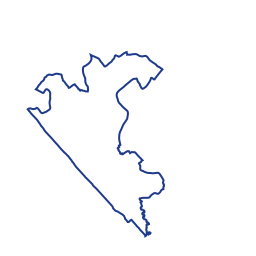 Sissili, Sissili, Burkina Faso (orthographic projection), rotated 48°
{"feature_id": "67063806B75900195473972", "entity_name": "Sissili", "entity_type": "district", "adm_level": 2, "iso_a3": "BFA", "parent_name": "Burkina Faso", "parent_adm1": "Sissili", "projection": "orthographic", "projection_center": [-2.154, 11.45], "detail": "fine", "context": "isolated", "style": "outline", "palette": "blue", "viewbox_px": 256, "rotation_deg": 48, "n_neighbors": 0, "source": "geoboundaries", "source_scale": "gbopen_adm2", "svg_char_len": 5864}
<svg xmlns="http://www.w3.org/2000/svg" viewBox="0 0 256 256"><g transform="rotate(48 128 128)"><path d="M35.0,156.8L35.5,157.3L35.7,157.7L36.1,159.1L35.9,161.9L36.3,163.1L36.5,164.5L36.6,165.9L37.0,167.1L37.5,169.0L37.6,170.6L44.2,168.1L45.2,167.6L45.3,167.4L45.3,167.0L44.5,164.0L44.4,163.2L44.7,162.6L45.1,162.2L45.9,161.9L47.8,161.7L49.4,162.1L50.2,162.6L52.7,165.0L54.3,166.2L55.6,168.2L57.1,169.7L58.8,170.9L60.4,171.7L61.4,172.8L61.6,173.2L61.7,174.2L61.2,178.0L60.6,179.5L59.8,181.6L59.5,181.9L58.5,182.3L57.5,182.3L55.6,182.0L53.3,181.9L52.2,182.2L51.9,182.4L51.8,183.7L51.2,185.0L50.6,185.7L50.1,186.2L48.1,187.4L47.4,188.3L47.1,189.0L47.0,190.0L48.5,190.0L49.0,190.2L49.4,190.0L52.3,190.3L61.3,190.1L63.2,190.4L65.5,190.6L68.5,191.2L69.0,191.1L71.7,191.2L73.4,191.6L75.2,191.8L85.0,191.6L91.0,191.7L93.3,191.6L94.9,191.7L98.2,191.8L103.4,191.7L105.9,191.4L108.1,191.4L108.8,191.2L111.6,191.5L114.1,191.6L115.7,192.0L116.7,191.9L121.9,192.6L134.9,192.5L136.2,192.7L136.7,192.5L146.0,192.1L147.6,192.5L151.9,192.1L171.2,192.0L175.8,192.0L177.1,192.5L177.7,192.8L181.2,192.7L182.9,191.7L188.7,190.0L190.6,189.8L192.6,190.4L193.9,191.0L194.5,190.8L197.7,191.1L198.2,190.6L198.4,189.4L198.2,188.4L198.3,187.5L198.5,186.9L205.6,187.0L207.2,187.1L208.9,186.9L211.8,187.1L215.2,187.0L219.3,187.0L219.9,187.5L220.1,186.5L219.7,185.8L219.2,185.4L219.2,185.0L220.0,184.4L220.9,184.1L220.9,183.3L220.6,182.8L220.6,182.6L220.7,182.4L221.2,182.2L221.0,181.9L221.0,181.6L220.5,181.7L220.1,181.6L219.5,182.2L219.5,182.9L219.3,183.4L218.9,183.7L218.2,183.9L217.7,183.8L217.4,183.2L217.1,183.0L216.1,182.7L215.0,181.7L214.8,181.4L214.7,180.8L214.2,180.7L213.6,180.1L212.4,179.1L212.2,178.7L212.2,178.1L212.4,177.9L212.9,177.9L213.2,177.7L213.5,176.7L213.3,176.5L211.9,176.3L210.6,176.8L210.4,177.1L209.9,177.0L209.2,176.1L208.7,176.0L207.6,176.2L207.0,176.8L206.4,177.0L205.8,176.9L205.4,177.0L204.9,176.9L204.2,176.4L204.1,176.2L204.0,175.8L204.1,175.6L204.7,175.2L203.9,174.2L203.2,174.0L202.3,174.9L202.1,174.9L201.9,175.0L201.5,174.6L201.2,174.7L200.9,174.4L200.9,172.9L201.1,172.7L201.6,172.5L201.6,172.1L201.0,171.6L200.5,171.6L200.3,171.3L200.1,171.3L199.6,171.8L198.6,171.7L198.2,171.9L197.7,172.7L197.0,172.6L196.8,172.4L196.3,172.3L195.8,172.0L195.6,171.7L195.5,171.1L195.7,170.3L195.2,169.8L194.1,169.4L193.5,169.0L192.5,168.6L191.6,168.4L191.6,168.1L192.0,167.5L191.9,167.1L191.8,166.8L190.9,167.0L190.5,167.2L189.7,167.2L189.0,166.9L188.5,166.9L188.3,166.5L188.5,166.4L188.6,165.8L189.2,164.7L190.0,163.5L193.1,160.0L193.8,158.9L193.9,158.0L193.7,157.5L193.5,156.4L193.5,154.8L193.9,152.2L194.4,151.5L194.9,151.1L196.2,150.4L197.0,149.7L197.2,149.1L197.2,147.2L196.5,144.8L196.7,143.6L197.1,142.5L196.4,142.1L196.2,141.8L196.0,141.7L195.3,140.7L195.3,140.2L195.0,140.0L194.6,139.5L194.1,139.5L193.8,139.0L193.0,139.0L192.2,138.7L191.9,138.4L191.7,137.9L191.1,137.4L190.8,136.7L190.2,136.4L186.8,135.7L183.3,135.2L182.3,135.3L181.8,135.4L181.1,136.0L180.5,136.8L178.2,140.0L176.6,141.3L174.9,143.1L173.4,144.1L172.0,144.9L170.1,145.6L168.3,146.6L167.6,146.7L166.7,146.4L166.4,146.2L164.8,144.6L164.2,144.1L163.9,144.1L163.1,143.8L162.0,143.7L161.5,143.4L161.6,142.5L162.0,141.2L161.9,140.7L161.4,139.8L161.7,138.8L155.0,139.1L151.1,139.0L150.2,139.4L149.9,140.0L148.6,141.1L148.3,141.5L148.1,143.3L146.6,143.1L146.1,142.8L145.7,143.0L145.2,143.5L144.8,144.1L144.6,144.8L144.6,145.4L144.4,145.9L144.0,149.2L143.7,149.9L143.0,150.1L143.0,149.3L142.2,150.2L142.3,150.7L142.0,150.9L141.7,150.9L140.5,150.1L139.5,150.1L138.1,149.9L137.8,149.5L137.4,149.5L137.0,149.2L136.3,149.3L136.0,149.0L136.2,147.9L136.3,147.6L136.3,147.2L135.6,147.1L135.1,146.8L135.0,146.4L135.0,145.9L135.4,145.4L135.5,145.0L132.6,143.4L130.5,142.1L128.9,140.7L127.0,138.7L125.7,136.8L124.5,133.9L122.7,130.0L122.3,129.0L120.9,123.3L120.5,122.3L117.9,119.0L116.3,117.6L115.4,117.2L114.5,117.1L108.4,117.8L107.7,117.7L103.4,117.8L102.7,117.7L101.4,117.3L99.8,116.4L98.0,115.7L96.6,114.9L95.8,114.3L94.9,113.1L94.6,112.4L94.4,111.6L94.2,109.3L94.6,103.7L94.5,101.9L94.8,93.4L95.2,91.1L96.5,89.4L96.8,88.7L97.4,88.5L98.0,88.7L98.5,89.0L99.1,89.3L100.5,89.7L101.1,89.6L101.9,89.8L103.4,89.9L104.3,90.5L107.5,91.3L108.0,91.2L108.3,90.9L108.6,90.9L109.0,90.1L109.3,87.3L109.0,84.8L107.9,80.7L107.5,79.6L106.3,77.5L106.4,77.0L106.6,76.8L107.1,76.6L109.0,76.3L109.5,76.0L109.6,75.6L109.0,73.1L107.9,66.5L107.5,63.2L106.3,63.3L105.4,63.7L103.7,63.9L102.9,64.5L101.8,64.6L101.3,64.9L99.9,64.7L92.8,66.4L92.0,66.5L88.3,66.1L86.8,66.4L86.3,66.6L85.4,67.7L84.7,69.0L83.6,70.2L82.1,71.2L79.0,72.2L78.0,73.0L76.3,75.2L75.0,77.3L74.4,78.1L73.5,78.8L73.0,79.5L72.8,79.2L72.2,78.9L71.8,78.9L70.8,78.4L70.7,78.3L70.3,79.1L69.7,81.6L69.5,84.7L69.1,86.7L68.9,87.1L68.4,87.3L66.7,88.0L65.9,88.4L65.6,88.8L65.6,89.3L65.8,89.6L66.9,91.6L67.1,92.2L67.0,93.6L67.4,94.7L67.6,96.2L67.3,99.1L67.4,101.5L67.1,103.5L66.9,103.9L66.5,104.2L66.1,104.2L62.2,103.8L61.1,103.9L57.3,103.3L56.3,103.5L52.6,105.1L50.5,106.2L48.8,106.8L51.1,107.9L52.5,109.2L53.2,110.6L53.7,112.7L53.7,115.1L53.4,117.6L52.8,119.7L52.9,120.6L53.1,121.0L53.5,121.5L55.0,123.0L57.4,124.6L60.5,125.9L62.4,126.5L65.3,128.9L67.0,129.7L68.1,130.0L70.4,130.2L71.1,130.7L71.6,131.3L72.3,131.5L73.7,133.1L73.9,133.5L73.6,133.6L72.6,134.9L71.0,135.7L70.2,136.5L68.7,137.2L68.6,137.5L68.4,137.8L68.4,138.1L68.3,138.5L67.9,138.6L67.4,138.2L67.0,138.1L66.8,138.2L66.1,138.8L64.3,138.4L64.1,138.5L61.6,138.4L61.1,138.6L60.0,138.3L59.8,138.5L59.8,138.8L59.4,139.6L59.3,140.2L59.1,142.1L59.1,143.3L58.8,144.7L58.5,145.2L57.1,144.7L55.7,144.7L55.2,144.8L50.7,144.3L49.2,144.6L48.6,144.2L47.1,143.4L46.6,143.4L44.9,142.3L44.2,141.9L43.8,141.8L41.5,143.3L39.9,144.7L39.3,145.5L38.1,148.6L36.9,149.8L35.5,150.8L35.5,151.1L34.8,152.6L34.9,153.4L35.0,153.7L35.2,154.6L34.9,155.1L34.9,155.6L34.8,156.4L35.0,156.8Z" fill="none" stroke="#1e3a8a" stroke-width="2"/></g></svg>